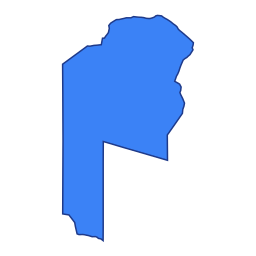 outline of Barbalha, Ceará, Brazil
{"feature_id": "56859067B21171422710441", "entity_name": "Barbalha", "entity_type": "district", "adm_level": 2, "iso_a3": "BRA", "parent_name": "Brazil", "parent_adm1": "Ceará", "projection": "natural_earth1", "projection_center": [-39.309, -7.437], "detail": "fine", "context": "isolated", "style": "filled", "palette": "blue", "viewbox_px": 256, "rotation_deg": 0, "n_neighbors": 0, "source": "geoboundaries", "source_scale": "gbopen_adm2", "svg_char_len": 1317}
<svg xmlns="http://www.w3.org/2000/svg" viewBox="0 0 256 256"><path d="M164.9,18.2L163.4,17.3L161.6,15.9L159.5,15.6L157.4,15.4L155.7,15.9L154.5,17.0L152.3,17.9L150.0,18.5L148.4,18.5L146.2,18.3L143.7,17.6L141.3,17.3L139.0,17.2L136.8,17.0L133.5,16.6L130.9,17.8L128.4,17.8L126.3,17.8L124.4,18.3L122.7,18.7L120.8,19.1L119.2,19.5L116.4,19.6L113.4,21.4L110.6,23.2L108.8,25.5L109.3,28.4L108.4,32.6L106.9,34.7L105.5,36.4L104.5,38.1L102.5,38.2L101.3,44.7L96.8,45.2L93.9,45.4L90.0,46.2L87.4,46.0L62.6,64.2L62.8,93.0L63.0,140.4L62.7,213.9L65.6,214.4L68.9,214.9L70.9,217.5L72.2,219.2L74.7,222.5L75.4,226.5L77.1,233.9L79.0,234.6L82.7,234.5L84.4,234.7L86.6,235.2L88.3,235.5L92.1,236.7L95.6,236.6L97.2,237.3L98.4,238.4L100.9,238.9L103.1,240.6L103.2,227.3L103.2,212.7L103.2,162.6L103.3,141.5L123.9,147.6L167.5,160.3L167.3,135.0L175.1,123.9L182.4,113.4L182.8,109.4L183.9,106.3L184.5,103.1L182.7,98.6L180.7,94.6L179.9,92.5L180.7,90.5L181.1,87.0L179.6,84.1L174.7,81.3L176.5,76.1L177.7,74.0L178.9,71.2L179.9,68.0L180.9,65.3L182.1,62.5L183.2,60.0L184.9,58.6L186.8,57.5L188.0,56.3L190.0,54.6L193.0,49.8L192.2,47.8L193.1,45.0L193.4,42.7L191.7,41.0L189.4,38.8L186.7,36.4L182.0,32.4L179.9,30.7L178.3,29.2L177.0,26.8L175.6,25.5L173.3,23.9L170.9,21.9L169.0,20.6L167.3,19.5L164.9,18.2Z" fill="#3b82f6" stroke="#1e3a8a" stroke-width="1.5"/></svg>